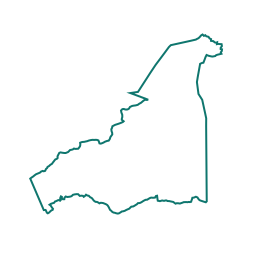 the district of Ibipeba, Bahia, Brazil, rotated 263°
{"feature_id": "56859067B8671900633841", "entity_name": "Ibipeba", "entity_type": "district", "adm_level": 2, "iso_a3": "BRA", "parent_name": "Brazil", "parent_adm1": "Bahia", "projection": "orthographic", "projection_center": [-42.197, -11.534], "detail": "fine", "context": "isolated", "style": "outline", "palette": "teal", "viewbox_px": 256, "rotation_deg": 263, "n_neighbors": 0, "source": "geoboundaries", "source_scale": "gbopen_adm2", "svg_char_len": 3606}
<svg xmlns="http://www.w3.org/2000/svg" viewBox="0 0 256 256"><g transform="rotate(263 128 128)"><path d="M190.3,229.8L191.8,229.3L193.0,230.5L194.6,230.9L195.0,229.6L196.2,229.7L197.9,231.2L199.8,231.1L200.1,229.4L200.5,227.7L200.4,226.5L202.2,226.9L201.9,225.8L202.4,224.5L203.8,223.3L204.0,222.3L204.4,221.0L206.1,221.3L206.9,219.9L208.7,219.0L209.5,216.9L210.7,216.0L210.2,214.6L211.7,213.4L211.1,212.0L210.3,211.1L209.4,210.1L208.5,208.8L208.0,207.3L207.5,206.2L206.9,200.7L205.0,180.6L203.4,178.5L197.7,173.1L187.5,163.3L186.7,162.6L180.2,157.0L174.2,152.0L162.6,142.3L162.4,134.6L153.6,151.5L153.6,149.9L154.0,148.3L153.2,146.7L152.3,145.3L151.5,144.1L150.7,142.1L149.8,140.5L149.5,138.3L149.5,136.4L149.4,134.8L149.0,133.6L148.6,132.5L147.1,131.3L146.5,129.9L146.5,128.6L146.8,127.3L147.4,126.2L147.4,124.7L146.2,123.2L144.4,123.3L143.4,123.5L142.0,123.9L140.5,123.8L139.3,123.6L138.3,123.1L137.0,122.8L136.2,123.5L135.2,124.5L134.6,123.7L134.1,122.1L133.6,120.2L133.2,118.3L132.9,116.7L132.7,115.6L132.1,114.0L131.6,112.7L130.1,112.2L128.8,111.3L126.9,111.3L125.1,111.7L123.5,111.6L122.2,110.4L121.1,109.4L119.3,108.6L117.8,107.3L117.7,105.6L117.2,103.5L116.5,101.9L116.1,100.5L115.8,99.1L116.2,97.8L117.9,97.5L119.3,97.1L120.0,95.7L120.2,94.5L120.3,92.9L120.6,91.2L120.5,89.2L120.3,87.5L119.9,86.0L119.8,84.8L119.6,82.9L119.7,80.9L119.5,79.8L119.2,78.7L117.0,78.6L115.7,78.1L114.5,77.1L113.5,76.0L113.6,74.3L113.7,72.9L114.2,71.9L113.5,70.7L113.3,69.6L113.2,67.8L112.2,66.6L111.4,65.5L111.1,64.3L110.8,63.2L111.0,61.5L111.5,59.6L112.0,58.1L111.7,56.8L110.0,55.6L108.5,54.6L106.8,54.5L106.0,53.5L105.7,52.1L104.7,51.0L103.8,50.2L103.0,49.3L101.8,48.3L100.9,46.4L99.8,44.9L99.2,43.4L98.2,42.9L97.2,41.5L95.6,40.6L95.3,39.1L95.8,38.1L95.3,36.3L94.5,35.3L94.1,34.0L93.7,32.5L93.3,31.1L92.3,29.3L91.5,28.1L90.7,26.5L89.7,24.8L56.8,34.4L56.7,36.2L55.1,36.8L53.9,37.1L53.1,38.0L53.7,39.4L54.8,40.8L55.6,42.0L55.9,43.2L56.9,43.7L58.2,42.9L59.4,42.3L60.5,41.8L61.4,40.8L62.1,42.1L62.4,43.5L62.8,45.6L63.9,46.5L64.3,48.3L64.8,49.4L64.9,50.6L64.1,51.7L64.8,52.5L66.2,52.1L67.2,52.4L68.3,53.1L67.6,54.0L66.1,53.7L65.2,54.8L65.1,56.1L66.6,56.5L67.6,57.8L66.9,59.4L66.9,61.4L67.0,62.9L67.5,64.1L68.4,65.2L68.6,67.0L68.6,68.9L68.4,70.4L67.5,71.1L66.5,71.8L66.5,73.7L66.1,75.1L65.1,75.7L65.8,77.0L66.9,78.2L66.0,79.3L65.5,80.8L63.9,82.0L63.0,83.4L61.7,84.3L60.1,85.2L58.7,86.7L58.4,88.2L57.5,89.6L56.7,90.4L57.1,91.9L56.6,94.0L55.7,95.7L55.0,96.9L54.1,98.0L53.2,98.6L51.6,99.3L50.1,99.8L48.8,100.3L48.0,101.2L46.6,102.2L45.8,103.4L45.5,104.5L44.8,105.9L44.3,107.5L44.4,108.6L45.2,110.4L45.9,111.7L45.9,112.9L46.2,114.7L46.8,116.1L47.3,117.7L47.8,119.5L48.6,120.4L49.5,121.7L49.5,123.6L50.0,124.9L50.5,125.9L51.2,127.5L52.2,128.7L52.1,130.5L52.7,132.3L53.5,133.9L54.2,135.5L54.6,136.9L54.5,138.3L55.2,139.8L55.8,141.2L56.1,142.5L55.7,144.3L55.6,146.3L57.1,147.5L57.2,148.6L55.3,148.6L53.8,148.6L52.2,148.7L51.5,150.8L51.9,153.0L51.3,154.9L51.5,156.2L51.4,157.4L50.7,158.3L50.5,159.8L49.8,161.8L49.1,163.9L47.9,165.1L47.1,166.0L47.4,167.2L47.2,168.6L46.7,170.3L47.0,171.8L47.3,173.2L47.6,174.3L47.5,175.4L47.4,176.7L47.1,177.9L47.2,179.4L46.9,180.4L47.1,181.7L48.2,182.1L49.2,182.7L50.9,183.4L50.9,185.0L51.5,187.0L50.6,188.5L49.1,189.2L47.7,190.2L47.0,191.4L46.3,192.9L45.6,194.4L44.8,196.2L45.6,197.2L120.4,205.8L128.1,206.8L132.8,206.4L146.9,205.1L153.2,202.1L165.2,202.0L171.0,203.7L182.9,207.4L183.6,209.6L183.6,210.8L186.8,212.5L188.8,213.5L190.9,214.9L189.9,216.7L188.9,219.4L188.6,220.7L188.7,222.1L188.8,223.4L189.5,224.3L189.8,225.5L190.3,229.8Z" fill="none" stroke="#0f766e" stroke-width="2"/></g></svg>